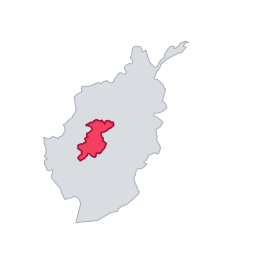 Ghor on a map of Afghanistan (Natural Earth projection), rotated 335°
{"feature_id": "AFG-1747", "entity_name": "Ghor", "entity_type": "Province", "adm_level": 1, "iso_a3": "AFG", "parent_name": "Afghanistan", "parent_adm1": "", "projection": "natural_earth1", "projection_center": [65.091, 34.196], "detail": "fine", "context": "in_parent", "style": "filled", "palette": "rose", "viewbox_px": 256, "rotation_deg": 335, "n_neighbors": 0, "source": "natural_earth", "source_scale": "10m", "svg_char_len": 8148}
<svg xmlns="http://www.w3.org/2000/svg" viewBox="0 0 256 256"><g transform="rotate(335 128 128)"><path d="M113.1,74.2L117.5,73.8L120.6,74.4L122.2,76.0L123.7,76.4L125.3,75.6L126.2,75.5L126.6,76.0L127.4,76.2L128.5,76.1L129.2,76.5L129.4,77.5L130.2,78.6L131.8,80.1L133.2,80.4L135.0,79.3L135.6,79.4L135.9,79.1L136.1,78.3L137.2,77.5L139.2,76.8L140.3,76.1L140.7,75.6L141.4,75.4L142.2,75.6L142.7,75.4L143.1,74.7L143.8,74.4L144.4,74.6L147.2,77.2L148.3,77.9L148.8,77.8L150.1,76.4L150.3,75.1L149.9,73.4L150.1,72.0L151.0,71.0L152.7,70.3L155.2,70.1L156.7,70.2L157.2,70.8L158.0,71.1L158.9,71.1L159.8,70.5L160.6,69.2L160.6,67.7L159.8,65.8L160.0,65.2L161.2,64.2L162.5,62.8L163.8,61.0L164.9,58.8L166.4,57.4L168.2,56.9L170.4,57.5L173.0,59.2L174.0,61.3L173.4,63.9L173.4,65.3L173.9,65.5L176.8,65.0L177.2,65.4L177.2,66.1L176.8,67.2L176.3,70.2L175.6,77.6L176.9,82.1L177.8,83.8L178.7,84.4L179.5,84.6L180.4,84.4L182.1,83.3L184.7,81.2L187.3,79.9L191.0,79.2L192.2,76.9L194.0,75.5L197.9,73.2L200.0,72.4L201.2,72.3L204.3,73.1L204.5,73.8L204.3,74.5L203.4,75.1L203.2,75.5L203.5,75.9L204.7,76.0L209.9,74.5L211.1,73.1L212.2,73.1L214.4,73.7L216.1,73.5L217.0,74.1L219.1,76.0L218.5,76.1L217.5,75.7L217.0,75.1L214.9,75.9L212.6,77.2L212.7,77.5L214.8,79.3L210.5,81.3L208.6,82.4L208.1,82.4L205.1,81.4L196.9,81.7L190.7,82.3L188.3,83.3L186.0,83.8L184.9,84.3L184.1,85.4L180.7,87.7L180.1,88.5L178.2,88.5L176.2,90.7L173.4,93.4L172.8,94.7L173.2,95.3L174.8,96.3L175.5,97.2L176.7,99.8L177.1,101.6L177.8,102.4L178.2,104.6L177.6,105.9L177.6,106.5L178.6,108.1L178.3,108.6L177.6,109.4L176.5,111.5L174.5,113.1L173.7,114.5L172.3,116.0L171.7,117.3L171.1,118.0L170.4,118.4L170.6,119.1L171.2,119.9L172.1,120.9L172.1,124.8L171.7,125.9L169.1,127.0L166.6,127.5L163.6,127.5L162.4,127.3L158.2,125.9L156.8,126.6L156.6,128.3L159.0,131.1L160.1,132.7L161.2,135.3L162.0,136.6L161.8,137.9L157.4,140.7L154.7,140.9L152.9,141.4L152.1,142.1L151.5,145.0L150.9,146.1L150.9,147.4L150.4,148.9L149.5,149.8L148.9,151.3L149.4,159.1L147.0,162.2L145.6,163.4L144.2,163.9L143.1,163.7L141.7,161.9L140.7,161.2L139.7,161.4L138.7,162.0L137.2,161.8L135.8,161.2L135.1,161.2L134.7,161.9L133.3,163.2L129.7,165.2L128.3,165.4L127.7,165.9L127.9,166.7L128.5,167.4L129.7,167.9L129.7,168.5L127.9,169.5L126.1,170.2L123.9,170.4L121.7,170.0L120.6,169.1L119.3,169.1L118.0,169.7L116.8,170.8L115.0,173.5L112.5,175.2L111.9,177.0L111.1,180.0L111.3,184.5L111.0,186.5L110.5,187.9L110.6,188.9L111.5,190.1L111.1,190.8L110.4,191.7L109.7,192.2L95.7,196.5L93.4,196.6L92.3,196.4L88.3,196.4L86.6,196.8L85.0,197.3L83.8,198.1L82.8,199.1L81.2,198.5L76.0,197.5L61.8,198.9L60.5,198.6L40.8,191.8L53.1,176.5L53.4,175.2L53.5,172.7L52.7,169.4L51.5,167.8L40.8,166.1L40.4,163.5L40.6,162.3L40.4,160.1L40.4,158.3L41.0,155.5L41.0,154.2L37.7,141.5L37.7,140.3L39.8,137.3L42.4,134.5L42.2,133.9L41.0,133.6L39.0,133.6L38.0,133.2L37.2,132.4L36.9,131.2L37.4,129.2L37.0,125.2L39.0,121.9L42.2,121.7L40.6,119.2L40.2,119.0L40.1,118.6L40.3,118.2L41.1,118.0L43.0,116.4L43.1,115.6L44.7,113.3L44.6,112.2L45.6,109.5L45.1,107.7L45.0,106.7L46.2,106.1L46.9,103.6L47.3,102.9L47.4,102.3L47.1,101.3L48.2,101.1L49.1,102.4L50.7,103.8L51.7,104.2L52.9,104.4L55.7,104.0L56.3,104.0L59.1,106.5L59.6,107.1L59.9,108.0L60.3,108.3L61.3,107.4L62.3,107.1L64.2,107.3L65.2,107.0L69.9,104.0L70.2,102.1L70.7,101.0L71.3,100.4L70.6,98.2L70.8,97.7L71.5,97.5L73.0,97.5L80.1,95.1L82.0,95.1L82.4,94.9L82.5,94.3L83.0,93.6L86.4,91.8L88.3,90.0L89.0,88.6L92.2,77.6L93.9,76.6L95.7,75.9L101.5,75.7L102.6,72.3L103.1,71.5L104.1,70.7L108.5,73.2L113.1,74.2Z" fill="#d9dde1" stroke="#a8b0b8" stroke-width="1"/><path d="M111.8,112.4L112.4,112.5L112.8,112.6L113.8,113.5L114.1,113.8L114.6,114.3L114.7,114.7L114.7,114.9L114.9,115.1L115.0,115.2L115.3,115.4L115.4,115.6L115.3,115.8L115.5,115.9L115.8,116.0L116.1,116.0L116.7,116.3L117.0,116.6L117.1,116.9L117.1,117.1L116.8,117.5L116.4,117.9L116.3,118.0L116.3,118.3L116.3,118.6L116.6,118.9L116.6,119.1L115.8,119.7L115.7,119.8L115.1,119.8L114.3,120.0L114.2,120.0L113.4,120.6L113.2,120.5L111.6,120.7L111.4,120.8L111.2,120.8L111.0,120.6L110.8,120.4L110.1,120.3L109.9,120.3L109.7,120.6L109.4,120.9L109.2,121.1L108.8,121.0L108.3,121.1L107.9,121.1L107.4,121.1L107.1,121.4L106.7,121.6L106.4,121.7L105.6,121.5L103.9,121.4L102.9,121.2L102.5,121.2L101.3,121.2L101.2,121.3L101.0,121.8L101.0,122.0L100.8,122.8L100.7,123.4L100.7,123.6L100.8,123.7L100.8,123.8L100.7,124.2L100.6,124.3L100.6,124.6L100.5,125.1L100.5,125.5L100.6,125.8L100.8,126.1L101.1,126.2L101.1,126.3L101.2,126.8L101.1,127.1L101.0,127.3L100.9,127.4L100.7,127.7L100.6,128.0L100.2,128.2L99.7,128.5L99.6,128.8L99.7,129.0L99.7,129.3L100.1,129.6L100.3,129.9L100.3,130.0L100.6,130.1L100.7,130.3L100.8,130.4L101.0,131.8L101.1,132.0L101.4,132.1L101.6,132.3L101.8,132.5L101.9,132.8L101.8,133.0L101.5,133.2L101.1,133.5L100.6,133.9L100.3,134.3L99.9,134.7L99.8,134.8L99.7,134.9L99.4,134.9L99.1,135.3L99.2,135.5L98.7,136.0L98.1,136.2L97.9,136.3L97.3,136.7L96.8,136.7L96.5,136.7L96.0,137.1L95.8,137.3L95.6,137.5L94.4,138.0L94.0,138.4L93.9,138.5L93.7,138.6L93.3,138.4L93.2,138.4L92.9,138.6L92.4,139.1L92.2,139.2L91.9,139.2L91.8,138.7L91.7,138.5L91.0,138.8L90.6,138.5L90.5,138.3L90.5,138.2L90.4,138.0L90.2,138.0L89.7,138.0L89.2,137.8L89.1,137.7L89.0,137.4L88.8,137.3L88.5,137.4L88.4,137.6L88.1,138.3L87.9,138.7L87.8,138.8L87.5,139.1L87.3,139.3L87.0,139.4L86.7,139.4L86.5,139.6L86.9,140.0L86.7,140.3L86.2,140.3L86.0,140.5L85.9,140.5L85.3,140.2L85.0,139.9L84.9,139.8L84.6,139.9L84.5,139.7L84.1,138.9L83.8,138.6L83.7,138.3L83.6,138.2L83.4,138.2L83.1,138.1L83.1,137.6L83.0,137.3L83.0,137.1L82.6,136.0L81.9,134.8L81.7,134.6L81.2,134.3L80.9,134.3L80.3,134.6L79.9,135.0L79.6,135.3L79.4,135.6L79.3,135.8L79.1,135.8L78.2,135.9L77.7,136.1L77.3,136.2L77.0,136.4L76.5,136.8L76.0,137.0L75.3,137.1L72.7,137.3L71.8,137.6L71.6,137.6L71.2,137.6L70.7,137.4L70.7,137.1L70.6,136.5L70.6,136.2L70.5,135.7L70.2,135.4L70.1,135.2L70.1,134.7L69.9,134.3L69.9,134.1L70.1,133.9L70.6,133.5L71.1,133.2L71.3,133.2L71.5,133.1L71.7,132.9L71.9,132.8L72.0,132.7L73.5,132.3L74.7,132.2L75.1,132.1L75.4,131.8L75.6,131.4L75.5,131.2L75.4,130.6L75.4,130.4L75.6,130.2L76.0,130.1L76.4,129.9L76.4,129.7L76.3,129.4L75.9,129.1L75.7,128.3L75.6,128.1L75.4,127.8L75.2,127.5L74.7,127.1L74.5,126.6L74.5,126.4L74.0,125.5L73.9,125.4L74.0,125.2L74.7,124.1L75.1,123.4L75.3,122.5L77.4,122.4L78.5,122.5L79.0,122.7L79.4,123.0L79.6,123.2L79.9,123.3L81.5,123.3L81.6,123.2L81.8,122.8L82.6,123.2L82.9,123.2L83.3,123.2L83.5,123.0L83.7,122.8L83.9,122.7L84.0,122.6L84.3,122.6L84.3,122.4L84.4,122.2L84.4,121.9L84.2,121.5L84.2,121.4L84.3,121.1L84.2,120.6L84.3,120.2L84.2,119.6L84.2,119.4L84.3,119.3L84.7,119.2L85.3,119.3L85.6,119.2L85.9,119.0L86.1,118.9L86.4,118.9L86.9,118.5L87.1,118.6L87.2,118.8L87.3,119.0L87.8,119.1L87.9,118.8L87.9,118.6L87.7,118.2L87.6,117.9L87.6,117.5L87.8,116.2L87.9,115.9L88.1,115.7L88.3,115.6L88.5,115.5L90.1,115.6L90.4,115.7L90.8,115.8L91.0,115.8L91.8,115.3L94.1,114.7L94.5,114.5L94.5,114.4L94.8,114.0L95.0,113.4L94.9,112.8L95.1,112.0L95.1,111.8L95.0,111.6L94.8,111.3L94.7,111.1L94.6,110.9L94.5,110.6L94.3,110.4L93.6,109.8L93.5,109.7L93.1,109.2L92.8,108.9L92.7,108.8L92.2,108.8L91.5,108.4L91.3,108.2L91.1,107.7L92.1,107.3L92.7,107.2L92.9,107.3L93.2,107.6L93.3,107.7L93.5,107.7L94.4,107.3L94.6,107.3L94.7,107.5L95.2,107.4L95.9,107.1L96.1,107.0L96.3,107.0L96.6,107.2L96.8,107.4L97.1,107.5L97.2,107.4L97.5,107.3L97.8,107.6L97.8,107.9L97.8,108.0L98.2,107.9L98.3,107.9L98.6,108.1L99.4,107.8L99.8,107.3L100.2,107.0L100.4,107.3L100.5,107.3L101.2,107.3L101.8,107.2L102.0,107.0L102.1,106.9L102.5,106.8L102.6,107.0L103.0,107.4L103.1,107.5L103.2,107.8L103.4,107.9L103.8,108.0L104.0,107.9L104.1,108.0L104.1,108.4L104.2,108.6L104.4,109.1L104.5,109.2L104.6,109.3L106.0,109.8L106.4,109.9L107.1,110.0L107.2,109.9L107.3,109.9L107.5,109.9L107.7,110.0L107.8,110.2L107.8,110.3L107.8,110.8L107.8,111.0L107.5,111.1L107.9,111.5L107.7,111.8L107.9,111.9L108.0,112.0L108.2,112.4L108.6,113.7L108.6,113.8L108.5,114.1L108.5,114.3L108.8,114.2L109.1,113.8L109.4,113.7L109.5,113.6L109.4,113.4L109.5,113.3L109.8,113.2L109.9,112.9L110.2,112.9L110.3,112.8L110.3,112.7L110.2,112.6L110.2,112.4L110.3,112.3L110.8,112.5L111.0,112.5L111.3,112.6L111.5,112.5L111.8,112.4Z" fill="#f43f5e" stroke="#9f1239" stroke-width="1.5"/></g></svg>